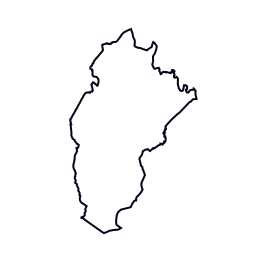 outline of Constantin Daicoviciu, Caras-Severin, Romania, rotated 159°
{"feature_id": "2599482B96346820083333", "entity_name": "Constantin Daicoviciu", "entity_type": "district", "adm_level": 2, "iso_a3": "ROU", "parent_name": "Romania", "parent_adm1": "Caras-Severin", "projection": "albers", "projection_center": [22.174, 45.533], "detail": "fine", "context": "isolated", "style": "outline", "palette": "ink", "viewbox_px": 256, "rotation_deg": 159, "n_neighbors": 0, "source": "geoboundaries", "source_scale": "gbopen_adm2", "svg_char_len": 5753}
<svg xmlns="http://www.w3.org/2000/svg" viewBox="0 0 256 256"><g transform="rotate(159 128 128)"><path d="M139.9,199.1L141.2,198.4L141.6,197.9L142.0,196.9L141.4,196.2L140.5,195.6L140.4,195.3L140.5,194.8L140.6,194.3L141.0,194.2L141.0,193.1L141.1,192.7L141.2,192.3L141.9,191.2L142.0,190.8L142.1,190.3L142.0,189.6L141.9,189.2L141.7,188.5L141.1,188.1L140.4,187.7L139.9,187.5L139.3,187.1L139.0,186.7L138.6,186.1L138.5,185.3L138.2,183.9L138.3,183.3L138.9,182.0L139.9,180.3L140.2,179.5L140.9,179.1L141.1,178.9L141.3,178.5L141.4,178.4L141.5,178.4L141.9,179.5L142.1,179.5L142.6,180.8L143.0,181.1L143.1,181.4L143.2,182.0L143.4,182.2L143.9,182.8L144.2,183.1L144.4,182.7L145.5,182.4L145.8,181.9L146.6,181.7L146.8,180.8L146.8,180.4L146.8,179.2L147.2,176.9L147.3,176.4L147.3,175.7L148.1,175.1L148.3,174.8L149.0,175.2L149.8,175.3L150.1,175.3L150.4,175.0L150.7,174.9L150.8,174.7L151.1,174.9L151.4,174.8L151.7,175.0L151.9,175.2L152.4,175.5L153.8,175.8L154.3,175.9L155.4,175.8L156.5,175.1L158.1,173.9L158.6,173.3L161.3,171.2L164.3,168.5L166.7,166.6L167.9,165.5L168.0,165.3L168.5,164.8L169.3,164.3L170.2,163.8L170.4,163.4L172.1,162.0L175.9,159.0L177.1,157.8L178.1,157.0L178.7,156.9L179.1,156.4L179.0,156.0L179.0,155.8L179.2,155.6L179.3,155.1L179.5,154.0L179.4,153.5L179.5,153.4L179.6,153.1L179.8,152.7L179.8,152.4L179.9,152.2L179.8,151.9L180.2,151.9L180.2,151.7L180.4,151.7L180.3,151.3L180.5,151.1L180.7,150.5L181.4,148.0L181.8,146.4L182.0,145.9L182.3,144.3L182.8,143.1L183.5,141.6L183.6,140.2L183.5,138.3L183.3,137.9L183.3,137.7L182.9,136.8L182.7,136.7L182.5,136.3L182.1,135.8L182.2,135.6L182.3,135.1L182.3,134.8L181.8,133.6L181.8,133.3L181.5,132.4L181.2,132.0L181.2,131.1L180.1,130.3L180.0,130.0L180.2,129.5L180.4,129.3L180.7,128.7L181.6,127.6L182.2,127.4L183.2,127.8L183.3,127.2L183.5,126.8L183.5,125.5L183.7,125.1L184.4,124.1L184.7,123.9L185.2,123.2L186.3,122.5L187.1,121.7L188.4,119.6L188.5,119.3L188.6,118.7L189.7,117.1L189.9,116.3L190.3,116.0L192.2,113.1L192.8,111.8L193.1,110.5L193.1,108.0L192.8,106.8L193.1,106.3L192.9,105.0L193.0,104.2L194.1,103.1L194.4,101.8L195.1,101.4L195.5,101.0L195.7,100.3L195.7,98.9L195.5,98.3L195.8,97.3L196.4,96.7L196.9,96.0L196.9,95.6L196.1,94.6L195.9,93.8L196.2,92.5L196.2,91.7L196.0,89.3L196.1,88.7L196.5,88.2L196.8,87.5L196.9,86.9L196.5,85.9L196.5,84.6L196.6,83.9L197.2,83.3L197.4,82.9L196.8,81.6L198.1,79.8L198.4,78.9L198.7,78.0L198.7,76.6L198.4,75.5L198.0,74.6L196.3,72.5L195.4,70.9L194.6,69.9L196.8,67.8L197.1,67.2L197.3,65.4L197.4,65.2L198.2,64.8L198.8,64.5L199.1,64.1L199.2,62.9L199.4,62.4L199.8,62.0L200.6,61.5L201.2,61.3L202.8,61.3L204.0,61.1L204.4,61.1L203.3,60.5L202.3,59.7L200.0,56.0L188.6,39.0L188.0,38.5L187.2,38.5L184.5,38.5L182.1,38.7L177.3,37.8L174.4,36.8L173.0,36.7L170.4,37.1L173.3,41.6L173.2,43.3L171.9,46.6L169.7,50.7L167.2,53.1L163.8,54.3L153.8,53.1L151.2,55.7L148.7,57.5L147.5,57.8L146.4,57.4L145.6,59.3L144.7,60.4L142.0,61.5L138.6,63.5L136.4,65.3L136.4,66.9L136.2,69.3L135.1,71.9L129.1,77.9L128.9,81.2L129.0,84.9L128.6,86.5L129.4,88.1L128.3,95.5L126.8,96.6L124.9,97.7L123.8,99.0L122.4,101.0L119.7,101.5L117.2,101.2L115.7,98.6L111.6,100.2L111.3,99.5L109.7,99.8L106.5,100.7L105.8,100.9L104.5,100.8L104.2,100.9L103.9,100.8L103.2,101.2L103.2,101.6L102.4,101.1L101.5,100.1L99.4,102.1L99.1,101.4L98.2,102.0L97.5,102.6L96.5,104.9L96.6,105.8L96.9,106.3L96.3,106.5L96.3,106.8L96.9,107.5L96.4,108.1L96.4,108.6L96.6,108.7L96.7,109.1L96.6,109.5L96.9,110.3L96.7,110.8L96.4,110.8L95.7,110.3L95.4,110.3L95.1,110.9L95.1,111.1L95.4,111.1L95.6,111.3L95.3,111.8L94.7,112.1L94.8,112.5L94.6,112.8L94.3,112.9L94.0,113.3L93.6,113.7L92.9,113.4L92.7,113.8L92.8,114.3L92.7,114.9L92.6,115.9L92.0,116.3L88.9,118.0L88.7,118.1L87.8,118.5L84.7,120.1L81.2,121.5L76.4,123.4L74.1,124.0L61.2,130.2L60.2,130.0L57.2,131.5L54.0,130.8L54.0,130.5L53.9,130.4L53.6,130.4L53.1,134.4L52.8,135.5L52.4,136.9L51.9,137.9L51.6,138.1L52.4,141.3L52.5,141.4L53.1,140.2L55.0,140.9L56.9,140.9L58.9,139.5L60.1,139.9L60.6,142.1L60.2,143.0L59.0,143.1L57.9,145.7L58.4,146.7L58.7,146.7L59.4,147.1L59.4,147.6L60.5,147.8L61.5,145.8L62.2,144.8L63.1,143.6L63.7,143.2L64.9,143.4L65.9,144.3L65.8,145.1L66.4,146.7L66.1,148.2L65.8,151.0L63.7,156.2L64.4,158.4L65.8,158.1L66.3,158.1L66.6,158.6L66.7,159.4L66.5,160.0L66.2,160.4L65.8,160.6L65.4,161.0L65.4,162.2L65.5,162.4L65.4,162.5L65.5,162.8L65.5,163.0L65.9,163.5L65.2,163.5L64.9,163.7L65.6,164.2L65.5,164.4L64.5,164.4L64.3,164.6L64.7,165.3L65.0,165.9L66.0,166.3L67.2,165.0L68.0,164.5L68.5,163.9L70.1,165.1L71.3,165.9L72.3,166.6L72.7,166.6L72.8,166.5L73.3,167.1L74.5,167.4L75.0,167.8L76.1,167.5L77.4,166.6L78.2,166.6L78.1,169.3L78.3,169.9L78.1,170.2L78.1,170.8L78.0,171.2L77.8,171.9L77.5,171.9L77.6,173.1L79.4,173.5L81.2,173.6L82.0,173.8L82.4,174.9L82.4,175.3L82.6,176.7L82.7,178.2L81.4,180.3L80.7,181.1L79.1,185.7L78.0,186.8L76.3,187.9L73.7,191.0L71.9,193.7L72.0,194.9L72.8,197.9L73.6,199.2L75.2,197.6L76.6,195.4L77.5,195.0L80.1,194.5L81.3,194.2L82.5,193.7L86.6,197.0L87.9,198.3L90.2,199.5L92.1,201.5L92.4,202.0L92.4,202.6L90.9,205.5L90.4,207.0L90.3,207.9L90.4,208.8L90.4,209.7L90.6,210.6L89.8,215.6L89.9,218.0L89.7,219.3L93.6,219.2L97.6,218.7L100.0,217.7L103.1,215.5L106.3,213.5L107.3,213.0L108.3,212.8L109.0,212.8L110.3,213.4L111.2,213.5L111.8,213.7L112.0,213.3L112.2,213.2L112.5,213.1L113.1,213.3L113.4,213.1L113.8,212.7L114.2,212.7L114.5,212.6L114.8,212.8L115.1,213.2L115.5,213.2L116.8,213.9L116.9,214.2L116.9,214.5L117.3,214.8L117.7,214.6L118.1,214.6L118.5,214.5L119.0,214.7L122.2,214.9L122.3,214.4L122.7,213.5L123.2,211.0L123.5,209.8L123.5,209.5L125.0,208.6L129.2,206.3L130.1,205.7L131.4,205.0L132.2,204.6L132.3,204.7L133.6,203.9L135.9,202.5L136.0,202.4L136.2,202.1L136.8,201.5L136.9,201.1L137.3,200.9L137.6,200.7L138.2,200.7L138.5,200.1L139.2,199.1L139.9,199.1Z" fill="none" stroke="#020617" stroke-width="2"/></g></svg>